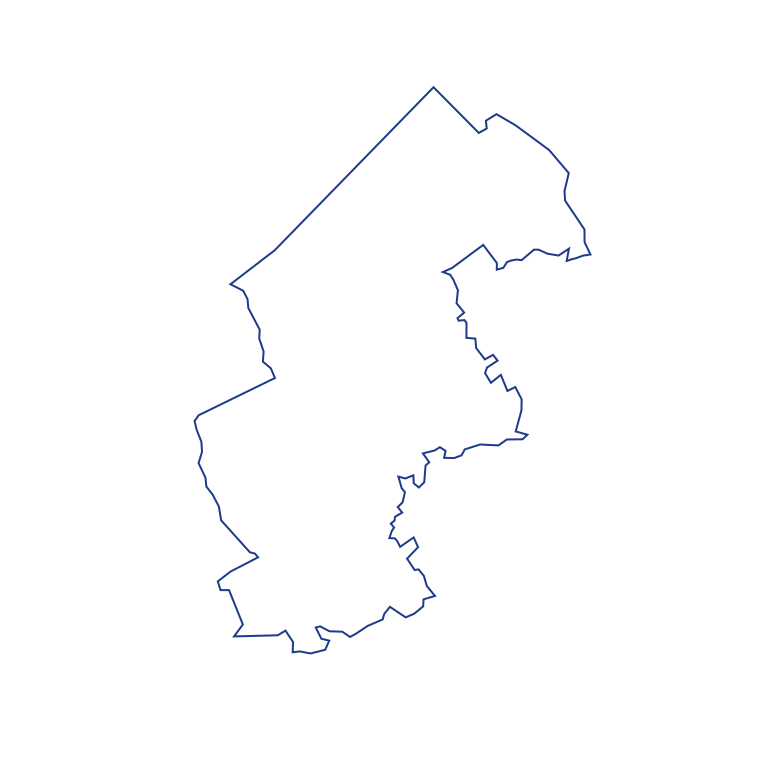 the district of Nurata, Navoi, Uzbekistan, rotated 320°
{"feature_id": "79887680B28423618609803", "entity_name": "Nurata", "entity_type": "district", "adm_level": 2, "iso_a3": "UZB", "parent_name": "Uzbekistan", "parent_adm1": "Navoi", "projection": "robinson", "projection_center": [65.941, 40.555], "detail": "fine", "context": "isolated", "style": "outline", "palette": "blue", "viewbox_px": 768, "rotation_deg": 320, "n_neighbors": 0, "source": "geoboundaries", "source_scale": "gbopen_adm2", "svg_char_len": 2014}
<svg xmlns="http://www.w3.org/2000/svg" viewBox="0 0 768 768"><g transform="rotate(320 384 384)"><path d="M625.4,417.5L628.8,404.3L636.9,394.5L640.6,360.0L646.1,352.4L661.1,341.2L660.9,311.0L651.1,270.5L643.6,249.6L631.3,247.8L626.9,254.3L618.0,252.6L612.7,188.5L386.3,211.3L330.5,208.9L336.1,222.1L334.0,231.3L328.9,238.6L323.7,262.5L317.7,268.9L312.6,281.8L305.6,289.0L307.4,299.2L304.3,309.3L222.0,288.8L215.1,290.6L211.0,298.8L207.0,310.8L201.0,319.0L191.1,325.4L187.0,341.0L182.0,348.4L181.6,358.8L178.7,371.8L171.6,383.8L173.1,426.7L176.2,431.1L176.1,435.8L145.7,429.0L129.8,428.4L126.3,436.8L132.8,442.3L121.3,477.5L106.9,481.0L141.1,508.2L150.0,509.6L148.5,523.1L141.6,530.8L147.7,534.8L154.5,543.2L168.1,549.8L177.1,545.4L172.3,538.9L175.2,526.7L179.3,528.6L183.3,538.4L192.8,546.9L195.4,556.0L202.3,557.3L215.9,558.8L231.6,563.5L236.4,560.3L245.3,558.5L250.6,576.7L259.5,579.4L271.1,579.5L275.9,574.4L286.8,579.1L287.0,566.2L291.2,556.6L291.3,548.2L287.9,546.2L289.4,532.6L305.2,530.9L308.1,520.6L291.7,519.1L293.1,513.3L293.2,509.4L289.1,505.5L295.3,501.7L299.4,500.5L299.5,495.3L304.3,495.4L307.1,492.8L315.3,494.2L315.4,487.1L322.2,486.6L330.5,480.3L330.6,475.1L335.5,464.2L339.6,470.1L347.8,472.8L342.9,479.2L344.2,485.7L351.7,485.1L363.5,473.1L368.3,473.1L369.2,462.2L380.1,467.5L386.2,468.3L388.2,474.8L382.6,479.2L390.1,485.8L397.6,488.5L403.8,486.0L418.7,492.1L432.2,504.6L442.5,505.5L454.6,515.4L461.2,515.0L454.4,505.0L472.4,492.5L479.6,484.2L482.6,470.7L474.1,468.7L479.4,452.1L466.7,451.8L468.4,440.6L473.5,437.6L486.0,439.1L486.3,431.8L477.1,430.0L477.7,415.8L483.1,407.9L476.8,401.6L486.5,390.2L486.7,386.7L481.9,383.5L482.6,380.8L491.3,380.8L491.5,368.8L500.9,359.7L504.2,348.7L504.9,342.9L501.1,336.1L510.8,338.9L549.4,341.2L548.2,363.9L543.9,368.9L550.0,371.7L556.6,369.7L560.7,371.1L565.6,373.9L569.0,377.6L585.3,377.5L588.7,380.4L593.0,389.3L600.3,397.8L612.7,399.2L603.0,407.2L607.8,409.0L611.6,410.9L619.2,413.7L625.4,417.5Z" fill="none" stroke="#1e3a8a" stroke-width="2"/></g></svg>